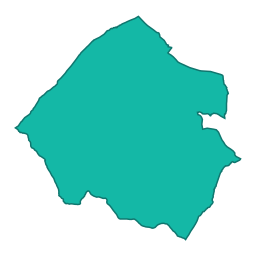 Sirineasa, Vâlcea, Romania
{"feature_id": "2599482B90279875081363", "entity_name": "Sirineasa", "entity_type": "district", "adm_level": 2, "iso_a3": "ROU", "parent_name": "Romania", "parent_adm1": "Vâlcea", "projection": "mercator", "projection_center": [24.167, 44.933], "detail": "fine", "context": "isolated", "style": "filled", "palette": "teal", "viewbox_px": 256, "rotation_deg": 0, "n_neighbors": 0, "source": "geoboundaries", "source_scale": "gbopen_adm2", "svg_char_len": 5794}
<svg xmlns="http://www.w3.org/2000/svg" viewBox="0 0 256 256"><path d="M119.2,218.6L120.2,219.0L126.9,219.0L129.9,219.4L131.7,219.4L132.9,219.1L133.9,219.1L134.7,219.2L135.4,219.8L135.8,220.0L136.8,220.9L137.7,221.7L139.0,223.2L140.3,224.2L141.2,225.2L141.5,225.4L143.1,226.1L144.4,226.4L145.5,226.8L146.8,227.0L149.1,227.2L151.0,227.7L151.6,228.0L152.1,228.1L152.9,228.1L153.6,228.0L155.1,227.4L157.5,225.0L159.4,224.1L160.9,223.6L161.6,223.4L163.8,223.3L164.3,223.4L165.2,223.8L166.8,223.9L168.9,225.6L170.2,227.5L172.0,229.5L172.9,230.8L174.0,231.5L174.8,232.1L176.7,234.5L177.4,235.9L177.5,236.0L178.7,236.4L179.6,236.8L181.3,237.2L181.8,237.5L182.3,237.8L183.9,238.2L184.9,238.9L185.6,239.6L187.0,237.3L188.8,234.7L190.6,231.4L193.8,226.7L194.4,225.6L195.3,224.2L196.9,221.2L197.6,219.4L198.5,216.7L199.0,216.1L200.3,215.5L201.8,213.5L202.4,212.3L202.7,211.9L203.1,211.6L203.7,211.7L204.2,211.5L204.5,211.0L205.7,209.9L206.2,209.1L207.3,208.4L207.6,207.7L209.4,207.2L209.7,207.0L210.0,206.6L210.8,205.2L212.3,203.6L212.7,202.9L213.0,202.2L213.0,201.8L212.8,201.5L212.2,200.5L212.3,199.0L212.4,198.6L212.8,197.9L213.2,197.0L213.1,195.4L213.5,194.4L213.6,193.9L213.7,192.9L214.1,191.7L214.1,190.6L214.3,189.9L214.3,189.4L214.0,189.2L214.9,188.3L215.0,188.0L214.9,187.4L215.7,186.7L216.1,186.1L216.2,185.5L216.2,184.6L216.4,184.4L220.1,173.6L220.5,172.7L220.9,172.3L221.4,171.3L221.8,171.1L221.6,170.5L221.7,170.3L222.3,169.8L223.0,168.7L223.3,168.1L224.3,167.0L225.1,166.4L225.4,165.9L225.8,165.9L226.1,166.0L226.4,165.9L227.9,165.7L228.7,165.4L229.1,165.1L229.7,164.2L230.6,163.6L231.1,162.6L231.5,162.5L231.9,162.0L232.4,161.7L232.9,161.7L233.5,162.2L234.8,162.5L239.3,160.3L240.2,159.6L240.6,158.8L236.1,156.5L234.8,154.9L234.8,153.0L233.2,151.0L230.8,149.2L227.2,146.9L225.2,144.9L223.8,142.5L222.0,140.0L220.6,137.0L218.5,132.2L216.3,129.8L213.6,129.2L207.2,128.2L202.7,129.2L201.8,124.3L202.4,119.5L201.6,117.4L200.7,116.1L199.9,115.4L198.6,114.8L197.9,114.6L197.7,113.7L197.5,112.4L198.2,112.5L199.0,111.8L199.3,111.8L201.2,112.5L202.0,113.0L202.1,113.5L202.6,113.8L203.2,113.9L204.5,113.9L204.8,114.0L207.3,113.7L208.0,113.8L209.1,114.4L210.3,115.8L210.8,115.6L210.9,115.4L210.4,115.1L210.4,114.9L210.6,114.7L212.3,113.9L212.6,113.9L213.7,113.2L216.9,113.7L218.8,114.7L220.9,116.2L224.8,118.3L224.8,117.6L224.6,117.0L224.5,116.1L224.6,114.1L224.9,113.8L225.4,113.9L225.8,113.2L225.9,112.4L226.5,110.4L226.5,103.4L226.7,101.6L226.8,99.2L227.0,96.4L226.9,95.6L227.5,94.3L228.2,93.7L228.3,93.5L228.2,93.2L227.7,92.7L227.7,92.4L228.0,92.5L228.0,92.3L227.2,90.7L227.0,89.5L226.5,88.8L226.5,88.3L226.8,87.6L226.1,86.8L225.3,85.4L224.8,84.8L224.3,84.5L224.1,84.2L223.6,81.7L223.6,80.6L223.3,80.1L223.1,77.6L223.0,76.1L222.6,75.4L221.8,74.9L220.5,74.4L218.4,73.8L210.5,71.5L200.9,70.9L199.1,70.5L189.7,67.6L179.6,63.0L177.7,61.8L176.1,59.8L173.3,56.9L170.8,54.9L169.2,54.0L168.0,53.1L167.9,52.9L168.1,52.6L170.4,49.5L171.2,48.4L171.5,48.2L171.6,47.5L168.1,46.7L168.4,45.2L166.5,44.5L165.9,43.2L164.2,40.4L160.8,37.6L160.0,37.0L159.7,35.7L159.7,34.9L159.4,34.5L159.1,33.8L159.1,33.4L158.9,33.1L157.9,32.6L156.9,32.6L153.5,29.9L147.5,25.6L144.9,23.2L138.4,16.4L134.9,18.5L131.0,20.0L127.1,21.7L126.0,22.3L122.2,23.9L120.3,25.2L119.4,25.3L118.9,26.0L117.6,26.5L117.2,26.8L117.2,27.3L117.0,27.5L116.8,27.4L116.4,27.1L116.0,27.1L115.7,27.2L115.8,27.6L114.9,27.5L114.5,27.7L113.5,27.7L113.3,27.9L112.4,28.6L112.0,28.6L111.4,28.4L111.2,28.5L110.5,28.9L109.3,30.2L108.6,30.4L107.7,30.6L107.0,30.9L104.3,34.1L99.4,37.4L96.4,38.8L94.7,39.7L93.7,40.1L93.6,40.4L93.2,40.6L93.0,41.0L92.7,41.1L92.1,41.6L88.4,45.6L86.7,47.1L85.5,48.4L82.8,51.0L80.9,52.9L79.7,54.8L79.3,54.9L76.5,58.9L71.1,66.0L67.0,70.7L65.2,73.3L61.0,78.0L58.0,80.7L57.6,81.3L57.5,81.9L57.4,83.4L57.0,84.3L56.0,85.1L55.4,85.8L54.7,86.4L53.6,87.0L52.2,88.2L51.1,89.2L49.8,90.2L49.1,90.6L47.6,91.2L47.2,91.5L44.3,94.5L43.9,94.9L42.4,95.8L41.0,97.1L39.9,97.9L39.5,98.2L39.3,98.7L39.0,99.3L38.9,99.9L38.3,101.1L35.5,105.6L35.1,106.5L33.2,108.7L33.2,109.4L32.9,109.9L32.2,110.3L30.9,111.6L30.4,113.4L30.0,113.8L28.4,115.2L27.6,115.6L27.0,116.1L24.8,117.6L24.0,118.5L23.7,119.0L23.1,119.6L22.6,120.3L22.4,120.8L21.9,121.1L21.6,121.6L21.1,121.8L20.3,123.0L20.0,123.5L19.7,123.9L19.2,124.5L19.0,125.1L18.6,125.6L17.9,126.3L17.4,126.5L15.4,127.9L17.7,129.4L18.2,130.1L18.7,131.2L19.5,131.6L19.9,132.3L20.1,132.5L21.5,132.5L22.7,133.1L23.8,133.1L26.4,133.8L27.1,134.3L27.7,135.0L27.9,135.4L28.2,137.4L28.7,138.9L28.7,140.1L30.1,141.6L30.6,142.8L30.7,144.4L30.8,146.0L31.0,146.6L31.5,147.4L31.8,147.8L33.3,148.4L33.9,148.8L34.7,150.1L35.3,150.3L36.3,151.2L36.8,151.7L37.8,153.6L39.4,155.7L39.7,155.9L40.3,156.1L40.9,156.4L44.0,158.5L44.8,159.2L45.1,159.6L45.3,160.3L44.8,160.8L45.2,161.8L45.8,164.2L46.2,165.0L47.0,166.2L47.0,167.0L47.2,167.5L48.6,170.0L50.0,172.0L51.7,175.4L53.9,178.5L54.3,179.8L55.1,182.0L56.3,184.1L56.9,185.8L57.9,187.8L58.5,189.1L58.9,191.7L58.8,193.5L59.0,194.4L59.0,195.3L58.9,195.6L60.0,196.4L60.7,196.9L61.6,198.2L62.4,198.6L63.1,198.9L63.4,199.6L63.3,200.8L63.3,201.1L64.1,201.9L64.5,202.8L65.2,203.0L65.8,203.6L66.1,203.7L66.4,203.6L67.3,203.5L68.0,203.6L69.3,204.1L70.1,203.9L71.7,203.8L75.0,204.3L76.3,204.3L77.6,204.5L79.4,204.3L80.2,203.8L80.4,203.5L80.3,202.2L80.3,201.6L80.6,200.6L81.1,199.8L82.2,198.4L83.5,197.5L83.8,196.8L84.6,196.0L84.8,195.1L85.7,193.7L86.1,192.5L86.5,192.0L87.5,191.2L88.1,191.0L88.6,191.0L89.4,191.6L89.8,192.2L90.4,193.5L90.8,194.0L91.4,194.6L93.6,196.0L96.6,197.1L98.9,196.9L102.9,198.3L103.8,198.4L105.4,198.2L105.8,198.4L106.2,198.7L106.8,199.5L107.0,200.0L107.0,200.6L106.8,201.9L106.9,202.7L107.1,203.2L107.4,203.7L109.7,205.5L111.5,207.8L113.5,210.7L114.5,211.8L115.1,212.7L115.9,213.5L116.9,215.0L118.1,217.5L119.2,218.6Z" fill="#14b8a6" stroke="#0f766e" stroke-width="1.5"/></svg>